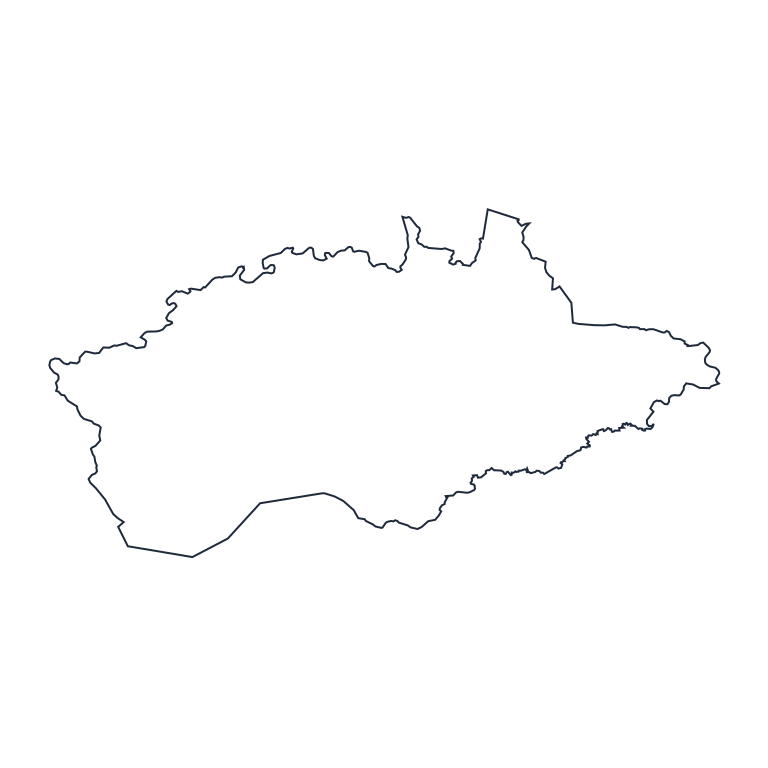 the district of Me, Agnéby, Ivory Coast, rotated 271°
{"feature_id": "98640826B88194950838049", "entity_name": "Me", "entity_type": "district", "adm_level": 2, "iso_a3": "CIV", "parent_name": "Ivory Coast", "parent_adm1": "Agnéby", "projection": "natural_earth1", "projection_center": [-3.666, 5.937], "detail": "fine", "context": "isolated", "style": "outline", "palette": "slate", "viewbox_px": 768, "rotation_deg": 271, "n_neighbors": 0, "source": "geoboundaries", "source_scale": "gbopen_adm2", "svg_char_len": 6117}
<svg xmlns="http://www.w3.org/2000/svg" viewBox="0 0 768 768"><g transform="rotate(271 384 384)"><path d="M296.8,545.8L303.6,557.3L303.6,558.6L302.5,559.8L303.2,562.5L306.8,563.7L308.2,561.9L308.8,562.2L309.0,563.6L310.2,564.6L310.1,565.8L310.9,565.2L311.9,566.5L313.0,566.5L314.4,569.1L315.3,569.0L315.8,571.8L320.2,578.0L321.2,581.6L323.9,582.2L324.6,584.2L324.0,587.6L325.0,588.2L325.1,590.7L326.2,590.9L328.0,588.3L329.8,589.9L332.6,587.2L334.0,587.0L333.8,588.7L335.1,588.7L336.2,589.7L336.0,592.5L337.6,594.0L336.7,596.6L338.3,597.3L337.7,598.5L340.7,598.3L342.6,603.2L342.6,604.0L340.8,604.6L341.5,606.4L343.9,608.6L343.6,609.8L342.5,610.5L342.8,611.8L340.1,612.9L340.5,614.8L341.4,615.4L341.5,620.3L344.1,619.9L344.5,624.5L345.9,622.7L346.6,623.4L348.2,623.4L348.5,624.5L347.6,625.9L349.3,627.0L348.9,628.0L347.3,628.5L348.7,631.0L347.6,632.2L346.6,631.7L346.6,635.5L343.5,639.1L344.1,640.4L343.8,643.1L342.5,643.0L341.9,644.7L342.1,645.9L343.4,645.8L344.0,647.2L343.7,651.4L345.5,653.2L348.9,654.4L346.7,652.5L346.5,649.6L348.7,647.7L352.6,647.5L361.0,653.9L364.2,650.8L370.5,654.1L372.3,657.1L371.7,659.1L372.1,660.8L368.8,665.1L368.7,667.7L371.2,669.3L374.7,669.3L377.2,671.4L377.9,674.3L377.7,679.4L378.9,681.0L383.7,683.7L386.8,683.9L389.9,686.1L388.9,693.0L385.6,699.7L385.5,709.5L387.4,711.2L390.3,718.8L392.5,716.3L393.7,716.0L395.1,716.1L400.2,718.9L401.9,718.9L403.8,717.8L406.1,714.9L407.1,709.9L408.6,706.9L410.6,704.9L414.0,704.4L416.5,705.0L421.6,709.0L423.4,709.4L425.9,708.0L431.0,702.4L430.4,699.7L428.4,697.1L427.2,687.2L427.4,686.6L428.3,687.0L429.7,683.9L431.8,683.9L433.9,679.7L434.6,672.7L437.3,669.9L440.8,668.1L442.0,665.8L440.5,663.8L440.3,662.1L443.5,652.3L443.3,647.8L442.3,645.0L443.4,643.5L443.3,639.0L444.4,638.1L445.0,636.3L445.2,628.9L444.4,627.4L445.3,625.6L445.4,621.4L447.6,613.9L446.5,603.6L446.5,593.2L447.5,577.2L448.6,571.8L468.5,569.9L484.6,557.8L481.8,553.5L481.4,550.5L492.6,551.1L495.2,547.4L498.5,544.5L502.9,543.0L509.1,543.5L512.7,533.8L511.8,531.8L512.7,529.5L520.5,526.6L528.2,519.8L530.3,520.9L533.4,521.0L537.9,519.6L543.9,523.4L547.1,526.4L546.7,523.1L544.5,518.7L548.2,515.1L549.4,514.7L550.0,515.7L551.0,515.8L560.4,484.7L531.1,480.4L531.4,479.1L530.5,477.1L527.8,478.5L526.0,477.3L521.3,477.3L511.6,473.1L509.1,473.5L506.3,469.7L503.6,468.0L504.5,460.7L505.5,460.8L508.3,457.8L508.0,454.7L506.6,453.5L505.5,453.6L504.6,451.1L506.4,447.2L508.1,447.3L510.5,449.9L512.7,449.0L516.1,451.4L518.4,451.0L518.5,449.0L520.7,442.8L520.0,439.4L520.8,425.9L521.9,424.4L521.9,421.8L524.2,419.2L525.4,415.8L529.2,414.1L531.7,415.9L534.3,415.5L537.8,417.4L540.7,416.6L542.2,414.2L550.7,407.3L551.4,405.7L550.5,403.1L551.5,399.5L533.1,405.2L529.7,404.8L521.3,406.1L513.7,402.7L511.0,403.9L508.8,403.6L503.6,400.3L502.0,398.4L500.7,398.3L498.4,399.7L496.5,397.1L496.3,394.6L497.9,393.4L499.5,389.6L500.0,386.3L504.0,383.5L504.0,379.1L502.9,374.5L501.4,372.5L501.7,371.0L506.4,367.0L509.7,367.0L514.9,365.3L515.8,363.4L516.8,356.7L515.7,351.9L516.0,350.9L519.7,349.4L520.5,348.0L520.2,346.0L516.9,342.3L516.6,338.8L515.1,335.3L510.5,331.0L510.8,329.3L514.0,326.6L514.1,323.6L513.7,322.8L511.8,322.6L508.3,324.5L506.5,321.1L506.8,317.8L508.5,313.0L511.0,311.6L517.7,310.6L519.0,309.0L519.0,307.2L518.3,306.1L513.2,300.5L512.1,294.1L513.6,289.9L514.5,289.5L518.0,290.9L518.7,290.4L517.8,287.1L518.4,285.1L517.3,282.6L513.2,278.5L510.0,267.2L506.1,260.7L502.7,260.6L497.8,261.7L497.3,262.6L497.5,265.0L500.9,268.5L501.0,270.8L500.7,271.8L498.4,272.7L494.3,272.0L493.3,271.3L492.6,269.2L493.4,265.7L492.7,261.1L483.6,251.0L483.0,247.6L483.2,244.1L486.2,238.5L489.8,237.9L495.7,242.2L498.6,241.7L498.0,241.0L498.8,240.8L499.1,239.5L497.9,236.2L492.8,233.7L489.1,230.1L488.5,222.1L487.6,220.4L487.9,217.4L487.2,213.3L485.2,210.4L477.4,203.5L477.8,202.0L474.7,199.0L476.0,189.1L475.4,187.5L473.4,188.9L472.7,188.5L470.9,186.2L473.2,180.4L472.5,176.4L473.5,174.8L465.2,166.0L462.7,165.0L459.6,166.8L459.2,168.5L460.8,170.3L461.2,172.4L460.6,173.9L458.2,175.2L454.3,171.9L450.9,167.6L446.1,165.1L443.6,166.6L442.4,170.7L441.1,171.1L439.7,168.9L438.6,165.1L434.8,162.0L433.4,159.1L432.6,155.8L432.2,146.2L430.7,143.6L426.4,139.9L424.1,144.1L422.5,145.5L418.4,144.8L416.7,143.6L415.5,135.7L417.6,132.0L418.3,128.2L420.2,125.7L420.1,124.6L417.5,115.8L417.9,113.8L415.5,108.8L415.6,102.7L410.1,98.6L409.5,94.2L411.2,86.0L411.0,84.5L405.2,79.3L401.3,79.1L399.2,76.6L400.0,69.9L398.5,68.4L398.2,66.5L399.3,63.3L403.4,58.9L403.8,54.5L402.0,50.6L400.3,49.7L396.7,49.1L394.0,50.1L389.6,54.0L387.8,57.5L385.8,58.5L382.7,58.4L379.5,55.9L374.7,57.4L371.4,56.3L370.5,58.9L367.5,61.6L367.0,64.8L361.8,68.1L356.2,77.4L353.3,77.9L347.1,81.1L343.9,84.5L341.5,92.7L339.3,94.5L337.6,99.4L335.7,101.5L327.5,100.2L322.6,101.3L317.1,96.6L315.3,93.1L314.1,92.1L308.8,94.0L306.3,95.7L300.9,96.7L297.3,98.3L295.7,97.8L291.6,98.5L289.5,96.9L288.0,93.5L283.9,90.3L280.2,92.0L274.7,97.8L263.7,107.1L249.3,115.5L245.4,119.9L241.4,126.1L236.5,120.7L217.3,130.7L207.6,195.4L226.8,230.6L262.6,262.2L273.6,323.8L273.7,326.4L270.7,336.6L266.3,345.4L257.4,355.9L249.4,360.6L248.5,367.0L246.7,368.3L243.5,375.2L241.4,377.9L240.1,383.9L240.4,385.0L245.4,388.3L246.2,389.7L247.2,393.3L246.8,395.6L247.9,397.6L247.3,399.7L245.7,401.2L243.0,410.3L241.1,413.1L239.6,420.0L241.6,424.1L247.6,430.6L249.1,437.5L253.2,440.9L257.6,443.4L259.1,441.8L260.9,442.1L263.9,444.2L265.0,446.7L267.1,446.9L271.5,449.3L271.8,448.2L273.0,447.6L273.7,455.0L277.0,458.1L277.5,460.3L276.7,469.0L277.3,471.6L279.6,476.0L280.8,476.8L284.2,476.3L285.0,475.8L285.6,472.9L286.6,472.2L288.8,473.7L291.2,473.4L292.7,475.3L294.1,474.5L294.4,478.7L292.0,479.5L292.3,482.5L296.4,487.5L298.8,487.3L299.6,488.6L299.7,490.9L301.9,493.0L299.7,495.5L299.5,502.7L298.1,505.0L296.3,505.9L296.4,507.5L297.9,508.1L298.5,509.4L295.1,512.4L295.6,513.3L297.7,513.3L297.5,515.1L299.0,517.0L298.4,517.6L298.7,520.0L299.7,520.2L299.7,522.4L301.2,526.4L300.2,528.1L301.9,528.6L300.2,529.3L299.3,528.2L298.4,528.3L298.4,530.9L297.4,532.1L298.7,536.8L300.0,538.2L299.7,540.9L298.1,542.4L298.1,544.5L296.8,545.8Z" fill="none" stroke="#1e293b" stroke-width="2"/></g></svg>